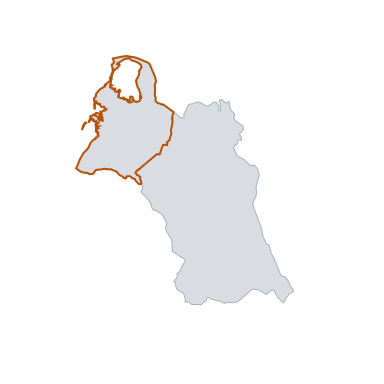 Balkan highlighted on a map of Turkmenistan, rotated 33°
{"feature_id": "TKM-351", "entity_name": "Balkan", "entity_type": "Province", "adm_level": 1, "iso_a3": "TKM", "parent_name": "Turkmenistan", "parent_adm1": "", "projection": "mercator", "projection_center": [54.104, 39.835], "detail": "fine", "context": "in_parent", "style": "outline", "palette": "amber", "viewbox_px": 384, "rotation_deg": 33, "n_neighbors": 0, "source": "natural_earth", "source_scale": "10m", "svg_char_len": 9246}
<svg xmlns="http://www.w3.org/2000/svg" viewBox="0 0 384 384"><g transform="rotate(33 192 192)"><path d="M122.3,134.4L137.9,135.3L142.7,135.9L144.7,133.6L144.6,133.1L143.8,132.6L142.7,131.0L141.6,120.4L143.0,118.8L144.6,117.7L146.8,114.4L148.0,113.3L149.8,112.5L155.8,112.2L158.3,111.6L160.4,107.7L160.9,105.5L162.5,103.7L163.4,103.7L167.5,105.2L168.4,106.0L169.7,108.9L171.2,108.7L171.5,108.2L171.3,107.6L170.1,105.8L167.6,102.6L165.1,100.6L164.9,99.9L167.0,98.3L171.3,99.0L172.4,98.5L173.5,95.9L179.1,101.7L180.2,102.3L184.7,103.1L185.4,103.8L187.0,107.2L188.5,108.0L190.4,108.7L198.4,108.8L200.9,111.0L201.3,111.6L200.8,113.1L200.6,116.1L200.0,117.3L200.4,117.8L203.2,119.0L204.9,121.0L205.1,121.8L204.6,122.3L203.3,122.1L202.6,122.9L202.6,124.5L203.6,125.9L203.8,127.3L202.5,130.4L202.5,131.6L202.9,132.4L210.1,137.0L211.2,137.1L218.1,136.3L219.4,136.8L225.5,137.8L227.2,137.7L228.3,136.2L229.4,135.6L230.5,135.6L233.4,136.5L236.4,138.5L238.4,140.3L239.4,142.0L242.2,151.0L244.0,154.6L246.2,156.5L247.7,160.0L249.0,167.6L249.8,169.2L253.1,172.2L269.9,184.4L274.9,189.9L282.7,195.1L285.6,194.5L291.7,200.1L295.6,202.2L300.6,205.5L311.2,213.0L313.4,213.4L315.9,212.3L318.2,212.9L322.1,214.8L326.4,217.7L330.0,218.7L331.0,220.0L331.1,220.7L329.0,224.3L328.8,228.9L329.0,235.1L328.0,235.2L320.9,233.5L314.1,229.7L312.5,230.9L311.7,232.2L310.0,237.5L300.9,237.8L295.5,240.5L290.6,257.7L289.6,259.8L286.6,262.6L281.4,265.3L280.6,266.4L280.4,267.5L279.7,267.8L276.8,267.8L265.9,271.5L263.5,271.5L262.5,271.8L262.1,272.5L263.3,275.9L262.3,276.8L261.6,278.5L261.1,281.5L253.8,286.0L252.3,286.6L249.4,286.1L247.9,286.6L246.4,288.1L245.7,287.6L245.3,286.2L244.5,285.2L240.0,281.5L234.9,282.1L232.9,281.8L231.4,281.2L229.0,279.1L227.5,277.0L225.9,277.3L225.4,276.3L225.4,275.2L225.8,273.8L225.7,271.3L224.8,269.4L223.7,268.6L224.9,265.7L224.9,263.5L224.2,261.0L223.9,257.6L224.1,254.2L223.1,252.4L207.8,252.6L202.4,244.6L200.1,242.7L192.6,239.3L190.5,237.5L188.7,235.5L188.3,232.7L187.5,231.1L186.3,230.9L180.3,227.7L177.9,226.8L174.7,227.6L172.7,226.7L170.5,228.0L169.5,228.0L167.1,227.3L164.1,224.4L161.6,223.2L156.3,221.3L152.6,220.8L149.3,219.7L148.9,219.2L148.8,216.8L148.4,215.7L147.4,214.5L146.1,213.6L140.5,213.7L137.9,212.8L135.9,212.6L131.4,212.8L129.9,213.4L129.1,214.2L128.6,216.6L128.1,217.0L123.7,217.1L114.5,216.5L110.6,217.7L104.6,221.4L101.2,224.5L100.2,225.9L98.2,231.3L97.3,232.1L96.1,232.7L94.9,232.9L89.4,235.0L87.3,235.5L81.9,235.2L80.6,227.2L80.1,220.8L80.7,211.9L80.4,206.1L81.3,197.4L81.0,195.2L78.1,191.3L77.8,188.7L76.0,188.5L73.3,186.2L70.5,185.3L69.2,185.3L67.9,185.9L67.0,187.2L66.4,185.2L66.4,183.0L68.6,178.5L69.9,179.8L71.6,180.4L75.8,180.1L75.4,178.6L73.2,177.0L72.8,175.0L72.9,172.9L73.5,170.9L72.8,170.1L71.9,169.6L69.6,169.6L63.7,168.9L63.0,171.2L64.6,174.3L61.9,170.8L60.1,167.2L58.9,162.9L58.7,158.3L61.0,150.9L62.8,141.8L65.1,145.6L66.8,147.3L70.5,148.4L72.2,148.1L74.1,147.1L76.0,147.5L78.9,151.4L81.0,151.9L85.3,150.4L87.3,150.0L89.1,150.7L90.9,150.7L90.1,148.9L89.8,147.1L90.9,146.1L94.3,147.1L97.0,146.1L97.5,145.6L97.7,144.0L97.3,140.9L96.7,139.6L95.2,137.7L89.1,133.3L87.1,131.5L85.4,129.2L82.6,120.1L80.5,114.2L79.7,113.5L76.2,113.0L69.5,114.4L67.2,114.1L66.1,114.7L63.4,117.2L62.1,119.3L60.3,124.2L61.7,125.7L60.6,133.9L61.2,137.3L61.0,137.6L59.0,133.2L56.3,129.0L54.0,122.4L58.0,118.1L61.4,115.0L65.0,112.7L68.8,111.2L77.4,108.7L82.1,107.9L85.9,107.7L88.9,109.2L96.8,114.5L100.3,117.5L101.3,118.7L102.2,121.6L108.0,130.8L109.4,132.1L111.7,135.1L113.8,135.9L122.3,134.4ZM66.1,198.9L65.9,200.1L64.8,196.5L64.3,192.6L65.0,191.5L65.8,191.6L65.0,193.0L66.1,198.9Z" fill="#d9dde1" stroke="#a8b0b8" stroke-width="1"/><path d="M84.5,107.5L85.9,107.7L87.4,108.2L98.0,115.3L101.3,118.4L102.0,119.5L101.9,121.0L102.2,122.0L105.1,126.0L107.6,130.4L108.9,131.8L110.1,132.6L111.6,135.2L112.5,135.8L113.1,136.0L115.6,135.9L116.8,135.4L118.6,135.2L120.3,134.3L121.0,134.3L133.2,135.0L133.4,136.5L134.6,140.1L134.9,140.4L135.7,140.8L135.5,141.6L135.6,142.0L136.5,142.6L138.0,144.6L140.6,151.5L142.9,154.3L144.0,158.4L144.9,160.7L143.9,164.0L145.0,164.8L145.6,166.2L143.2,167.4L142.1,168.4L142.1,169.0L142.4,169.8L142.7,171.4L144.4,177.9L143.9,178.5L142.2,179.2L141.9,179.6L135.9,199.1L135.8,200.3L135.0,201.7L135.1,202.7L134.4,203.1L134.2,203.5L134.0,206.4L134.4,206.9L135.1,207.0L136.5,207.7L138.1,207.4L139.1,207.6L140.3,207.4L141.2,209.2L143.4,210.8L145.0,212.5L144.4,213.5L143.1,214.3L138.7,213.3L137.0,212.2L136.1,212.4L134.2,213.1L133.1,212.6L131.3,212.6L129.9,213.4L128.7,214.5L128.6,214.9L129.1,215.5L129.2,215.9L128.9,216.8L128.6,217.0L126.9,217.3L125.1,216.8L122.0,217.3L120.9,216.9L119.9,216.8L118.8,216.3L117.6,216.0L113.2,216.9L111.9,216.9L109.2,218.8L107.6,219.3L107.5,219.7L105.7,220.2L105.2,221.0L104.5,221.3L104.2,221.9L103.3,222.9L100.3,224.9L99.5,226.0L99.0,227.6L99.0,228.1L99.4,228.8L99.3,229.8L99.0,230.8L96.4,232.9L95.6,233.0L94.0,232.8L90.7,234.8L90.0,235.0L88.7,235.0L87.6,235.7L81.9,235.3L81.6,232.2L80.9,229.7L80.8,228.6L80.1,225.3L79.8,218.2L80.8,213.8L80.7,213.2L80.9,212.4L81.0,211.3L80.9,209.5L80.5,208.5L80.2,205.9L80.6,202.8L80.9,202.0L81.8,200.5L82.1,199.6L81.9,198.9L82.2,198.7L83.2,196.1L83.0,195.6L82.7,195.3L82.0,195.1L81.9,194.8L81.5,194.6L81.0,193.2L80.8,193.1L79.4,192.9L79.0,193.2L78.6,192.6L78.1,191.1L77.9,191.3L78.3,192.5L77.7,192.0L77.6,191.5L77.8,190.8L77.6,190.1L78.3,189.6L77.7,189.5L77.7,189.0L78.1,187.8L76.9,188.9L77.2,189.1L77.3,191.8L76.4,190.4L76.2,189.1L75.7,189.1L75.9,188.0L75.7,187.8L75.1,189.1L75.1,187.7L75.5,186.3L74.9,186.8L75.3,185.6L74.8,185.8L75.0,185.2L74.4,185.6L74.3,185.4L73.2,185.6L72.8,185.9L72.6,185.9L72.6,185.4L72.2,185.9L71.6,186.1L71.8,185.4L71.3,185.4L71.0,185.6L70.8,185.2L69.7,185.6L69.8,185.1L68.6,184.7L66.9,185.2L67.8,185.8L67.5,186.3L67.3,187.1L67.6,188.5L67.5,189.2L67.3,189.5L67.1,189.4L66.6,185.8L65.7,184.3L65.6,183.8L65.8,183.3L66.5,182.5L66.8,181.7L67.4,180.9L68.7,177.8L69.4,177.1L70.1,177.2L69.4,177.7L68.8,178.5L68.6,179.5L68.1,180.0L68.2,180.7L68.9,180.8L71.1,180.3L72.3,180.4L72.7,180.5L73.3,181.6L73.6,181.8L75.1,182.1L75.3,182.1L75.3,181.8L75.3,181.4L74.9,181.2L75.2,180.6L76.0,181.4L76.4,181.4L77.0,180.8L77.3,180.7L78.1,181.1L78.4,180.8L78.3,180.6L77.9,180.2L76.6,179.8L76.3,179.5L76.8,179.2L76.6,178.5L76.1,178.2L75.1,178.3L75.0,177.4L74.4,176.7L74.5,177.9L73.2,176.3L72.6,176.2L72.9,176.9L72.4,176.5L72.4,177.0L72.7,177.5L72.8,177.9L72.1,177.5L72.0,176.6L72.4,174.6L71.7,174.7L71.4,174.4L72.1,174.1L73.7,172.0L73.5,171.5L74.5,171.2L74.3,170.8L75.1,169.8L75.2,169.4L74.9,169.5L74.6,169.2L73.6,169.2L72.5,168.5L71.8,168.4L71.2,168.7L70.3,169.6L69.5,170.1L68.6,169.6L67.3,168.6L66.4,169.2L65.0,169.4L65.5,168.7L63.5,169.2L62.8,169.0L62.3,168.0L61.9,168.3L61.9,168.6L62.4,169.4L62.6,171.2L63.5,172.3L64.2,173.7L65.0,174.4L65.0,174.6L64.1,174.1L64.9,175.0L64.7,175.1L64.1,174.5L63.3,172.8L63.0,172.5L62.3,172.2L62.1,171.7L61.8,170.2L61.7,170.0L59.8,168.4L58.8,167.2L59.0,166.1L59.4,164.6L58.7,163.4L58.9,163.2L58.4,162.5L58.0,161.5L58.8,156.1L59.5,154.4L61.3,151.6L61.4,150.7L60.6,150.2L60.8,149.5L60.7,149.4L61.4,149.1L61.2,148.2L61.7,146.3L62.4,144.3L62.6,143.4L62.3,140.6L63.2,141.2L63.3,141.5L63.1,142.3L63.3,142.8L64.2,143.9L64.7,145.7L65.4,146.3L66.3,146.1L66.0,146.4L65.2,146.8L65.3,147.2L65.9,147.9L66.0,148.6L66.3,148.7L67.5,148.8L69.2,147.5L68.7,148.6L69.0,148.8L70.4,148.6L70.6,148.4L70.7,147.6L71.2,147.0L71.4,147.1L71.3,148.0L71.8,148.9L73.0,149.6L73.4,149.6L74.8,148.6L75.0,146.6L75.5,145.6L76.2,145.7L76.8,146.3L76.7,146.8L76.8,147.3L77.1,147.7L76.7,148.4L77.2,149.9L77.5,150.3L78.0,150.6L78.1,150.9L77.8,151.8L78.1,152.5L79.7,152.3L80.9,152.4L81.5,151.8L82.5,151.2L83.8,151.6L85.3,151.0L85.4,150.6L84.6,150.1L86.3,150.1L86.9,149.8L88.1,149.8L87.8,150.8L88.5,151.1L91.5,151.2L90.7,150.9L90.9,150.5L91.7,150.3L92.0,150.0L89.8,150.0L89.5,148.7L88.8,146.9L88.9,146.1L88.4,146.0L88.4,145.6L88.9,145.5L89.7,144.7L90.0,144.7L90.6,144.9L91.8,145.9L92.7,146.2L92.7,146.6L92.1,147.5L92.9,147.7L96.1,146.9L96.4,146.3L97.4,145.8L98.2,144.5L98.4,143.7L98.2,142.9L96.8,140.9L97.7,141.2L98.6,141.8L97.7,140.7L97.7,140.4L97.9,140.2L97.6,139.8L96.0,139.3L96.0,138.5L95.3,137.8L91.4,134.7L89.3,133.7L88.6,133.0L87.3,132.2L86.4,130.8L85.7,130.6L85.0,130.0L84.4,128.8L84.1,127.9L84.0,124.6L83.7,122.8L82.2,119.6L81.6,119.4L81.6,119.1L81.8,118.3L81.6,117.3L81.9,116.4L81.7,114.9L80.9,113.9L80.0,113.3L79.0,113.0L78.1,113.3L77.3,112.8L71.3,113.8L69.8,114.5L68.3,114.4L67.2,113.9L66.3,114.2L63.2,117.0L60.4,122.8L59.7,123.8L59.4,125.1L59.5,125.5L60.6,124.5L61.6,124.5L62.1,124.8L62.3,125.2L61.9,126.3L62.0,127.4L62.0,128.0L60.7,131.4L60.3,132.9L60.8,134.9L60.9,136.5L62.2,139.6L62.1,140.1L61.7,140.9L61.6,141.5L61.0,140.7L61.0,138.5L60.7,137.5L60.3,137.0L60.3,135.9L59.8,134.1L59.6,133.9L59.3,132.9L58.5,132.5L58.4,131.7L57.9,131.2L57.0,130.8L56.3,129.9L55.4,129.2L55.3,128.6L55.9,127.6L56.0,125.9L55.3,124.8L54.7,124.7L54.4,124.3L53.8,123.8L53.2,123.6L52.9,123.2L59.3,116.8L63.5,113.3L66.6,112.2L67.7,111.5L72.0,109.8L84.5,107.5ZM64.5,192.4L65.1,191.6L65.5,191.5L65.7,191.8L65.1,192.3L65.0,193.3L65.9,200.1L65.2,197.4L64.7,196.3L64.5,193.0L64.5,192.4ZM73.1,179.1L73.6,178.8L73.8,179.1L74.0,179.0L74.1,179.7L74.5,180.3L74.4,180.6L73.9,181.1L73.6,181.1L73.0,179.4L73.1,179.1Z" fill="none" stroke="#b45309" stroke-width="2"/></g></svg>